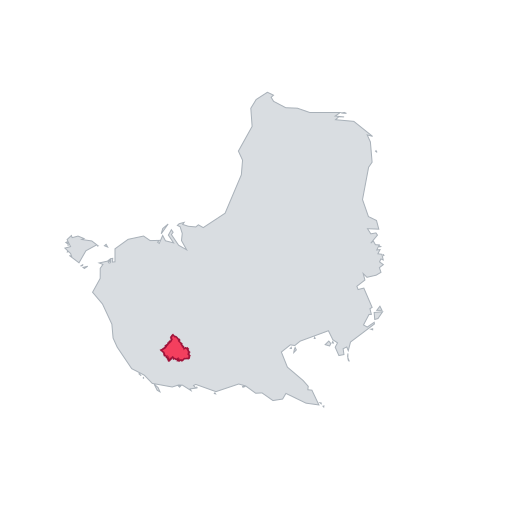 location of Maranoa, Queensland, Australia, rotated 132°
{"feature_id": "25037944B80919931419893", "entity_name": "Maranoa", "entity_type": "district", "adm_level": 2, "iso_a3": "AUS", "parent_name": "Australia", "parent_adm1": "Queensland", "projection": "albers", "projection_center": [148.678, -26.394], "detail": "fine", "context": "in_parent", "style": "filled", "palette": "rose", "viewbox_px": 512, "rotation_deg": 132, "n_neighbors": 0, "source": "geoboundaries", "source_scale": "gbopen_adm2", "svg_char_len": 7631}
<svg xmlns="http://www.w3.org/2000/svg" viewBox="0 0 512 512"><g transform="rotate(132 256 256)"><path d="M331.9,120.4L338.1,141.8L344.5,140.5L352.1,146.7L353.7,159.9L358.2,164.4L359.5,176.8L362.7,183.2L383.6,195.0L391.7,214.8L394.0,215.8L394.4,212.3L398.8,216.0L399.5,214.2L401.2,224.3L403.8,227.3L409.4,230.6L420.1,247.9L419.3,259.2L422.9,273.0L416.6,298.2L412.6,307.3L403.1,317.5L394.4,337.9L392.3,353.2L376.9,356.8L369.4,363.5L364.7,364.1L366.1,367.9L358.6,362.5L359.7,361.2L359.1,359.9L357.8,359.9L355.4,362.3L353.6,360.9L356.5,358.6L354.7,356.9L345.0,365.6L329.2,362.2L316.4,352.9L315.4,345.0L309.1,338.3L311.6,338.4L311.4,336.3L303.2,339.1L305.3,333.5L301.4,326.0L299.1,335.1L293.1,336.5L293.8,333.5L296.7,333.2L299.8,320.7L297.8,311.7L294.4,321.7L288.6,325.9L285.0,332.0L285.9,334.9L283.4,334.7L279.1,331.9L281.6,331.6L279.2,326.2L274.7,320.2L271.4,319.7L270.2,314.2L244.9,307.6L205.5,321.2L193.8,330.1L189.8,339.3L162.3,345.6L149.7,358.7L139.6,360.6L126.7,357.1L124.8,350.6L127.9,351.0L129.3,346.4L125.9,333.1L118.5,324.2L113.4,312.1L93.0,289.4L99.0,290.8L93.7,283.6L97.2,287.7L101.5,288.1L90.5,273.4L89.1,249.4L91.6,254.4L94.7,247.3L108.6,232.5L114.7,231.7L142.8,214.6L151.5,198.8L149.0,190.2L153.9,182.7L161.1,191.4L162.7,185.5L158.6,182.3L159.2,179.7L169.7,179.3L166.3,179.0L167.7,174.8L165.3,171.8L170.7,170.3L168.2,168.1L172.8,166.9L170.5,163.6L173.8,158.8L174.6,161.2L177.7,160.3L177.2,155.6L182.1,156.5L184.5,152.2L189.9,153.9L197.6,159.3L197.3,164.6L201.0,159.0L211.0,160.8L212.6,157.7L207.7,154.4L216.5,135.3L218.9,136.1L222.2,131.2L223.8,132.9L235.3,130.0L234.4,125.8L226.2,123.8L227.3,122.5L256.7,128.2L264.6,124.1L262.9,127.7L266.6,129.2L270.4,124.7L274.5,127.8L270.8,136.1L266.0,137.3L266.8,142.9L263.1,152.2L289.7,166.2L296.6,167.3L299.0,171.0L310.4,172.9L317.6,158.3L317.0,137.8L317.9,130.0L320.7,128.0L318.3,124.7L324.6,109.6L331.9,120.4ZM354.2,381.8L365.9,385.9L379.5,383.0L380.5,395.0L379.6,392.9L378.2,395.4L378.0,403.3L373.1,400.1L370.2,407.4L364.3,406.9L365.4,404.9L360.3,401.6L358.1,395.5L360.3,396.5L354.7,388.1L354.2,381.8ZM212.7,124.6L220.9,123.5L223.7,125.3L218.9,130.4L212.7,124.6ZM291.0,342.7L302.9,341.3L298.0,343.7L291.0,342.7ZM273.6,141.1L275.6,145.3L270.5,145.0L271.0,141.8L273.6,141.1ZM419.4,245.9L419.3,240.7L421.2,236.5L421.9,239.6L419.4,245.9ZM376.2,374.2L380.1,375.2L380.2,376.9L376.2,374.2ZM212.1,126.0L215.6,129.9L210.4,130.3L212.1,126.0ZM349.8,375.5L347.6,375.2L348.6,372.2L349.8,375.5ZM302.5,163.3L300.2,164.8L297.8,165.7L298.8,163.2L302.5,163.3ZM92.7,288.3L90.2,286.4L89.5,284.2L92.7,288.3ZM379.4,378.6L380.9,379.7L378.0,378.8L379.4,378.6ZM402.8,225.0L404.6,225.0L404.5,227.3L402.8,225.0ZM360.1,176.6L362.3,177.9L361.9,178.7L360.1,176.6ZM373.0,404.4L373.2,406.4L371.8,405.8L373.0,404.4ZM421.8,261.2L421.9,264.1L421.6,264.0L421.8,261.2ZM233.5,121.6L232.0,120.6L232.8,119.9L233.5,121.6ZM271.7,117.7L269.9,120.1L271.9,116.1L271.7,117.7ZM422.2,257.9L421.3,258.8L421.9,257.8L422.2,257.9ZM278.3,157.5L277.2,158.0L277.7,156.9L278.3,157.5ZM269.6,141.3L268.2,141.7L268.9,140.2L269.6,141.3ZM98.0,235.4L98.1,237.3L97.4,237.3L98.0,235.4ZM322.2,108.7L322.2,110.2L321.6,109.2L322.2,108.7ZM357.8,360.6L358.1,361.5L357.7,361.3L357.8,360.6ZM269.4,120.7L266.9,122.5L269.4,120.3L269.4,120.7ZM170.3,161.4L169.6,162.7L169.9,161.3L170.3,161.4ZM373.8,403.0L373.1,403.4L373.5,402.7L373.8,403.0ZM301.7,168.7L300.3,168.7L301.0,167.8L301.7,168.7ZM166.5,170.3L165.9,171.0L165.6,169.6L166.5,170.3ZM379.3,398.9L378.3,399.4L378.6,398.4L379.3,398.9ZM322.9,104.6L322.8,105.7L322.0,105.2L322.9,104.6ZM357.3,361.9L358.3,362.8L356.6,362.5L357.3,361.9ZM386.1,194.9L385.2,195.0L385.5,193.8L386.1,194.9ZM393.6,212.1L393.1,212.2L393.5,211.2L393.6,212.1ZM354.6,380.3L354.4,381.0L354.1,380.1L354.6,380.3Z" fill="#d9dde1" stroke="#a8b0b8" stroke-width="1"/><path d="M389.6,263.8L389.7,263.1L389.3,263.0L389.6,261.0L389.6,260.8L389.3,260.4L389.3,260.2L389.5,259.8L389.5,259.7L390.1,259.2L390.4,258.9L390.1,258.6L391.1,257.5L390.9,257.4L390.8,257.5L390.7,257.4L390.8,257.2L390.7,257.2L390.7,257.3L390.7,257.2L390.9,257.0L391.0,257.1L391.0,256.9L390.8,256.5L390.7,256.3L390.4,255.2L390.6,255.1L390.4,255.0L391.2,254.7L391.1,254.4L391.1,253.8L391.2,253.6L391.3,253.5L391.3,253.2L391.0,253.2L391.3,253.0L391.3,252.8L391.3,252.7L391.4,252.4L391.3,252.2L391.6,251.9L391.2,251.9L391.5,251.6L391.6,251.4L391.7,251.5L391.7,251.2L391.8,251.2L391.9,251.3L392.2,251.2L392.3,251.1L392.4,250.5L392.3,250.4L391.5,250.3L391.4,250.4L391.4,250.5L391.1,250.4L391.1,250.5L390.9,250.4L390.7,250.3L390.3,250.4L390.2,250.7L389.9,250.7L389.7,250.7L389.8,250.6L389.7,250.4L389.8,250.3L389.5,250.2L389.5,250.3L389.4,250.5L389.2,250.5L389.2,250.4L388.9,250.1L388.8,250.3L388.7,250.3L388.6,250.2L388.4,250.3L388.2,250.2L387.9,250.2L387.9,250.3L387.3,250.4L387.1,250.5L386.8,250.4L386.9,250.2L386.8,249.9L386.9,249.4L387.0,249.3L387.0,249.2L387.2,248.9L387.4,248.6L387.3,248.3L387.4,248.2L386.7,248.0L386.3,247.0L386.5,246.4L386.4,246.3L386.3,246.2L386.2,246.1L385.9,245.9L385.8,245.7L385.8,245.4L385.7,245.5L385.2,245.6L384.8,245.4L384.7,245.4L384.9,245.2L385.0,245.0L384.9,245.0L385.0,244.9L384.9,244.8L385.1,244.8L385.1,244.7L385.3,244.9L385.5,244.8L385.7,244.6L385.8,244.6L386.0,244.5L386.1,244.3L386.1,244.2L385.9,244.1L385.9,244.3L385.8,244.2L385.7,244.0L385.8,244.0L385.7,243.9L385.5,244.0L385.4,244.0L385.5,243.8L385.4,243.8L385.8,243.5L385.1,242.6L384.8,242.7L384.7,242.7L384.4,242.6L384.2,242.6L384.0,242.4L383.9,242.4L383.9,242.5L383.8,242.4L383.7,242.4L383.6,242.2L383.4,242.2L383.2,241.9L383.3,241.5L383.4,241.4L383.5,241.3L383.5,241.2L383.5,240.9L383.4,240.9L383.4,241.0L383.1,240.9L383.1,241.0L382.9,240.9L382.9,241.1L382.6,241.0L382.5,240.9L382.2,240.9L382.0,240.7L381.9,240.7L381.7,240.6L381.4,240.6L381.2,240.6L380.8,240.6L380.7,240.7L380.4,240.6L380.2,240.5L380.1,240.4L379.8,240.3L379.8,240.2L379.7,240.1L379.7,239.9L379.5,239.7L379.3,239.5L379.2,239.4L378.9,239.1L378.7,239.1L378.4,238.9L378.3,238.7L378.2,238.7L377.9,238.4L377.9,238.2L377.9,237.9L377.8,237.7L377.7,237.7L377.3,237.4L377.2,237.4L376.8,237.3L376.7,237.5L376.3,237.6L376.4,237.8L376.2,237.8L376.0,238.0L375.9,238.1L375.7,238.1L375.6,238.3L375.4,238.5L375.1,238.7L374.9,238.6L374.7,238.5L374.4,238.4L374.3,239.1L374.5,239.1L374.4,240.5L373.5,240.4L373.4,241.3L371.9,241.1L371.9,241.4L372.2,241.6L372.1,241.9L371.9,243.0L371.5,243.0L371.3,244.3L370.4,244.2L370.3,245.6L371.1,245.7L371.1,245.8L371.3,246.1L371.3,246.5L371.3,246.8L371.6,246.9L371.6,247.0L371.9,247.0L372.1,247.1L372.3,247.3L372.5,247.4L372.8,247.4L372.7,247.5L372.7,247.8L372.7,248.0L372.7,248.4L372.7,248.9L372.4,248.9L372.2,248.9L372.0,249.1L372.1,249.3L372.0,249.6L372.0,249.8L372.1,250.3L371.9,250.2L371.6,252.5L371.0,252.4L370.8,252.5L370.8,252.9L371.1,253.0L371.0,253.6L371.0,254.1L370.9,254.5L370.9,255.7L370.8,256.6L369.6,256.5L369.6,256.9L369.5,257.0L369.4,257.6L369.9,257.8L369.8,258.4L369.7,259.1L369.5,260.2L369.5,260.6L369.5,261.3L369.7,262.0L370.3,262.2L370.2,263.4L370.2,263.9L370.1,264.4L370.2,264.8L370.1,265.1L370.9,265.2L371.5,265.2L371.6,264.8L372.8,265.0L372.8,264.9L372.9,264.5L373.8,264.6L374.0,263.3L374.4,263.4L374.5,262.6L375.2,262.7L375.4,262.5L375.5,262.4L376.7,262.6L376.7,262.2L377.5,262.3L377.5,262.6L377.4,262.7L377.4,262.8L377.8,262.5L378.1,263.0L378.8,262.4L379.2,262.8L379.4,262.7L379.7,263.1L380.7,262.3L380.8,262.4L381.1,262.5L381.3,262.4L381.5,262.4L381.5,262.5L382.2,262.5L382.1,263.0L383.4,263.2L383.4,262.8L383.4,262.6L383.3,262.4L383.2,262.3L383.3,262.1L383.7,262.2L384.2,262.1L384.2,262.5L385.5,262.6L385.8,262.1L386.0,262.2L385.9,262.6L387.1,262.7L387.0,263.0L389.0,263.3L389.0,263.5L389.6,263.8Z" fill="#f43f5e" stroke="#9f1239" stroke-width="1.5"/></g></svg>